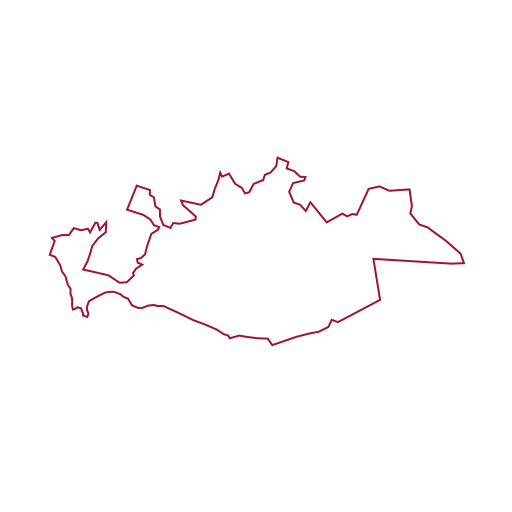 Mubarek, Kashkadarya, Uzbekistan, rotated 200°
{"feature_id": "79887680B29394566639719", "entity_name": "Mubarek", "entity_type": "district", "adm_level": 2, "iso_a3": "UZB", "parent_name": "Uzbekistan", "parent_adm1": "Kashkadarya", "projection": "natural_earth1", "projection_center": [65.477, 39.211], "detail": "fine", "context": "isolated", "style": "outline", "palette": "rose", "viewbox_px": 512, "rotation_deg": 200, "n_neighbors": 0, "source": "geoboundaries", "source_scale": "gbopen_adm2", "svg_char_len": 2057}
<svg xmlns="http://www.w3.org/2000/svg" viewBox="0 0 512 512"><g transform="rotate(200 256 256)"><path d="M58.1,320.4L64.5,328.1L82.7,335.2L104.6,341.6L113.3,341.4L125.6,348.8L126.5,356.1L134.5,371.1L153.0,362.9L163.8,363.6L173.1,357.6L175.4,329.2L179.7,328.4L184.1,324.4L189.3,325.4L201.1,311.8L223.3,325.1L224.6,315.3L232.0,319.3L238.8,319.1L246.8,327.7L246.1,337.2L236.5,343.5L236.5,347.1L241.7,345.6L249.1,348.8L257.1,348.8L257.7,355.3L269.4,355.7L267.7,347.4L270.8,339.5L275.4,335.3L275.2,329.8L282.9,322.9L284.2,313.5L287.7,311.1L292.6,315.1L300.3,316.7L309.5,324.1L315.1,319.0L318.2,322.1L317.3,314.4L317.7,305.0L317.1,296.2L325.3,285.3L345.4,282.5L342.0,278.8L326.0,272.5L325.4,269.4L338.8,260.2L345.0,258.7L346.0,253.2L353.7,253.4L359.8,260.4L362.2,266.9L367.5,268.2L372.0,276.2L376.7,277.1L378.2,281.7L392.1,281.3L393.0,255.4L375.9,256.1L367.9,254.2L362.4,250.1L356.8,250.0L357.2,247.0L361.9,241.0L361.7,227.6L360.8,219.6L363.6,214.5L366.8,212.4L364.9,209.3L360.0,209.0L364.4,202.9L365.7,197.8L364.1,195.9L368.5,187.1L375.1,184.2L388.1,187.4L413.8,184.2L412.5,193.3L412.7,201.8L413.3,209.4L410.4,218.5L405.3,227.0L408.3,236.5L411.8,227.1L416.4,232.9L418.3,232.4L420.0,221.4L423.3,224.2L429.3,220.3L436.7,219.9L439.0,211.7L445.5,209.3L453.9,203.2L450.3,201.2L450.2,186.6L444.4,186.5L441.6,184.3L436.4,179.9L433.2,175.2L428.3,171.9L423.1,164.7L419.0,161.7L417.4,157.0L414.6,153.7L413.3,150.7L411.9,146.6L410.6,144.4L409.5,143.1L407.5,144.9L406.1,146.8L402.5,147.0L399.0,142.9L398.2,141.0L393.8,140.9L393.7,144.5L396.5,147.7L397.5,150.5L397.5,156.4L392.7,162.1L385.5,169.8L381.8,172.0L377.1,173.8L370.2,173.7L366.6,172.3L361.7,172.2L355.6,167.2L348.7,166.9L344.9,168.5L340.4,172.5L335.1,175.1L331.3,175.3L326.0,177.4L319.1,176.8L308.0,175.9L293.4,174.3L280.7,174.2L268.0,173.5L259.5,171.5L254.8,171.7L252.5,169.7L244.5,175.5L237.6,176.7L226.6,179.2L216.6,182.4L210.3,177.8L190.5,193.8L179.1,201.6L171.1,206.3L163.7,214.1L163.0,221.9L156.4,221.9L124.4,257.2L144.7,293.5L69.9,315.6L58.1,320.4Z" fill="none" stroke="#9f1239" stroke-width="2"/></g></svg>